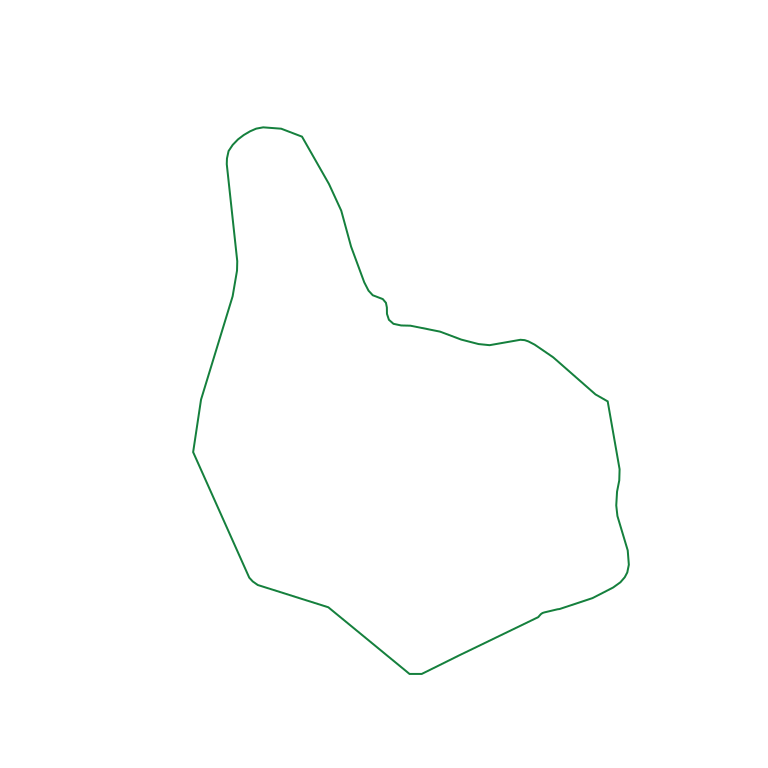 map outline of Warrap (Natural Earth projection), rotated 159°
{"feature_id": "SDS-872", "entity_name": "Warrap", "entity_type": "State", "adm_level": 1, "iso_a3": "SSD", "parent_name": "South Sudan", "parent_adm1": "", "projection": "natural_earth1", "projection_center": [28.523, 7.841], "detail": "fine", "context": "isolated", "style": "outline", "palette": "green", "viewbox_px": 768, "rotation_deg": 159, "n_neighbors": 0, "source": "natural_earth", "source_scale": "10m", "svg_char_len": 981}
<svg xmlns="http://www.w3.org/2000/svg" viewBox="0 0 768 768"><g transform="rotate(159 384 384)"><path d="M318.1,113.4L320.1,112.9L323.0,111.4L323.4,111.1L411.2,103.7L452.7,99.8L464.1,104.2L516.0,195.5L573.9,241.6L577.3,246.7L579.2,251.5L586.6,388.8L560.4,435.0L493.9,520.1L480.6,542.5L477.0,551.2L452.0,645.6L449.8,650.8L445.6,657.2L439.5,661.5L432.6,664.7L425.7,666.7L418.5,667.9L411.8,668.2L404.8,666.9L388.5,659.2L371.9,644.3L363.7,590.4L361.8,561.1L365.5,524.1L366.0,486.0L365.0,476.7L362.7,470.9L354.7,463.7L353.1,459.1L353.9,454.4L356.1,448.4L356.4,442.2L353.6,436.8L347.0,432.5L338.5,429.0L312.9,412.8L296.0,397.8L281.4,387.4L271.5,382.4L240.8,376.4L236.9,374.5L233.9,372.0L229.2,366.7L216.5,348.3L190.3,298.5L181.4,287.6L194.6,220.0L198.9,209.7L205.0,200.0L210.7,187.4L213.4,177.1L216.1,141.3L220.2,127.5L224.4,120.9L228.5,117.3L234.3,114.2L243.0,111.9L266.1,109.4L300.7,111.0L302.8,111.5L316.2,113.3L318.1,113.4Z" fill="none" stroke="#15803d" stroke-width="2"/></g></svg>